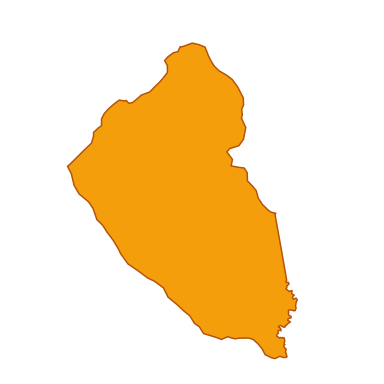 outline of Anadiou, Paphos, Cyprus, rotated 102°
{"feature_id": "46923920B35556705547114", "entity_name": "Anadiou", "entity_type": "district", "adm_level": 2, "iso_a3": "CYP", "parent_name": "Cyprus", "parent_adm1": "Paphos", "projection": "natural_earth1", "projection_center": [32.568, 34.955], "detail": "fine", "context": "isolated", "style": "filled", "palette": "amber", "viewbox_px": 384, "rotation_deg": 102, "n_neighbors": 0, "source": "geoboundaries", "source_scale": "gbopen_adm2", "svg_char_len": 2766}
<svg xmlns="http://www.w3.org/2000/svg" viewBox="0 0 384 384"><g transform="rotate(102 192 192)"><path d="M195.5,105.1L195.2,110.9L193.9,113.7L189.6,120.5L184.4,125.8L177.3,129.5L173.6,134.2L169.5,140.1L161.7,142.0L157.7,145.9L158.2,152.1L158.3,159.1L151.8,159.2L145.5,166.2L141.7,164.1L136.9,155.7L129.7,152.6L117.8,152.8L109.6,158.9L105.8,158.9L100.8,160.6L96.0,159.7L89.3,161.4L79.7,169.2L73.6,176.0L70.6,182.4L67.7,191.0L64.4,196.2L60.1,200.5L55.4,204.2L47.6,209.3L46.4,216.0L46.3,222.8L49.6,227.9L52.3,232.4L52.3,233.7L57.6,235.0L59.7,239.2L65.0,243.8L69.1,246.1L73.5,242.4L80.2,240.9L86.9,244.1L92.5,247.3L97.1,250.5L102.9,254.1L107.6,261.6L112.7,265.4L116.8,268.6L118.4,272.2L116.1,275.4L117.0,276.9L117.2,282.3L122.8,287.1L127.6,290.7L133.4,294.1L139.4,295.7L146.0,294.3L148.6,296.8L154.2,300.7L157.7,299.9L165.1,300.5L175.0,307.2L190.0,317.0L192.8,319.1L199.0,314.0L199.1,313.9L210.0,308.7L217.4,302.0L223.1,291.2L228.6,285.4L238.8,279.3L243.1,272.5L248.4,267.3L255.6,259.1L262.6,252.5L267.5,248.7L275.7,239.6L278.5,232.7L281.7,225.2L285.3,217.7L287.0,210.4L291.7,200.0L299.9,193.5L305.2,183.3L310.3,174.8L313.5,168.5L320.1,162.1L322.2,156.9L328.1,151.2L328.6,144.6L329.2,138.3L330.1,132.5L326.2,127.1L326.7,119.6L325.0,114.8L323.1,106.3L323.5,101.5L326.7,96.0L330.7,91.0L336.2,86.3L336.2,85.2L337.6,79.9L337.7,76.2L334.4,71.9L334.9,68.0L334.1,65.3L333.3,64.9L333.0,65.1L331.9,65.6L331.2,66.0L330.2,66.3L329.9,66.6L329.4,67.2L328.8,67.4L328.3,67.3L327.4,67.2L326.5,67.2L325.7,67.6L325.5,68.3L325.2,69.0L324.3,69.8L323.4,70.2L322.8,70.2L322.0,69.5L321.4,70.3L321.1,70.4L320.9,70.5L320.6,70.5L320.2,70.5L319.3,70.2L318.6,70.3L317.5,70.7L316.5,71.1L315.9,71.3L315.6,71.5L315.6,73.3L316.0,73.6L316.2,74.2L315.9,75.2L316.1,75.6L316.5,75.9L316.7,76.4L316.0,77.3L315.6,78.7L315.2,79.2L314.6,79.4L314.0,79.3L313.1,78.9L312.6,78.5L312.1,78.2L311.5,78.3L310.9,78.9L310.1,79.1L309.8,78.9L309.1,77.7L309.1,76.1L307.4,76.7L306.4,78.0L306.3,79.1L306.0,79.2L305.4,79.3L305.1,78.9L304.7,78.4L304.2,77.7L304.3,76.7L304.9,75.7L305.1,74.4L304.9,73.2L304.1,72.7L303.8,72.9L303.4,72.9L302.3,71.7L301.6,71.3L300.2,70.4L298.9,68.9L298.1,69.7L298.1,70.7L297.6,71.7L296.8,71.8L295.3,70.8L294.5,69.0L293.7,69.0L293.1,69.3L292.4,71.6L291.2,72.3L289.8,72.4L287.9,73.1L287.4,72.9L287.0,71.7L286.8,69.3L287.0,67.9L286.8,66.8L286.1,66.3L283.6,66.1L282.2,67.0L280.6,67.1L278.7,67.2L277.8,67.1L276.1,66.6L275.0,67.0L274.3,68.2L275.6,70.3L275.4,71.0L275.0,71.4L274.3,71.7L272.9,71.5L271.7,70.7L271.4,71.3L271.1,72.5L270.5,73.3L270.2,73.5L269.7,73.6L268.4,73.4L268.0,73.5L267.8,74.3L269.1,76.2L267.2,79.9L265.4,79.4L263.9,79.7L262.3,78.1L261.3,78.2L260.3,79.1L260.9,80.3L260.3,81.7L258.7,81.0L225.2,94.5L196.1,106.4L195.5,105.1Z" fill="#f59e0b" stroke="#b45309" stroke-width="1.5"/></g></svg>